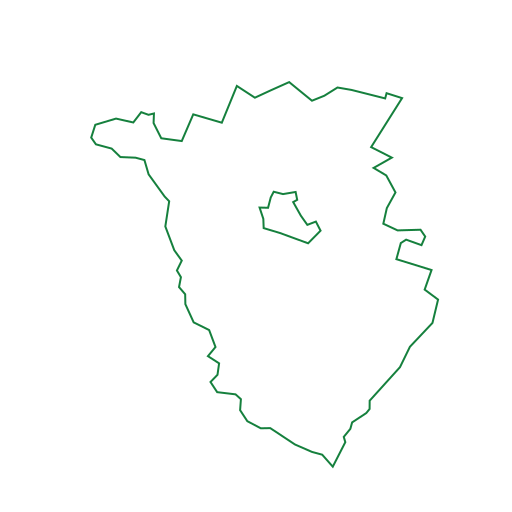 outline of Sharof Rashidov, Jizzakh, Uzbekistan, rotated 13°
{"feature_id": "79887680B75726526377189", "entity_name": "Sharof Rashidov", "entity_type": "district", "adm_level": 2, "iso_a3": "UZB", "parent_name": "Uzbekistan", "parent_adm1": "Jizzakh", "projection": "robinson", "projection_center": [67.817, 40.024], "detail": "fine", "context": "isolated", "style": "outline", "palette": "green", "viewbox_px": 512, "rotation_deg": 13, "n_neighbors": 0, "source": "geoboundaries", "source_scale": "gbopen_adm2", "svg_char_len": 1385}
<svg xmlns="http://www.w3.org/2000/svg" viewBox="0 0 512 512"><g transform="rotate(13 256 256)"><path d="M69.9,164.3L68.8,177.7L74.9,183.2L91.2,183.8L101.6,190.1L116.5,187.3L125.7,187.6L133.0,200.6L153.6,218.6L159.1,222.2L161.0,247.6L175.1,268.8L184.7,277.2L182.2,287.9L187.6,293.5L188.0,303.6L195.6,309.2L198.0,318.8L210.2,334.7L227.0,338.7L237.0,353.8L231.7,364.4L244.2,368.9L245.2,380.4L240.0,389.0L248.8,397.4L267.2,395.4L273.5,398.9L275.2,409.8L284.7,418.9L299.4,422.8L308.6,420.5L336.4,430.9L354.6,434.3L365.2,434.7L378.2,444.0L384.9,417.3L382.2,412.5L386.8,403.2L387.1,396.5L398.8,384.2L401.1,379.5L399.3,371.4L421.3,331.9L426.4,309.8L443.0,281.5L443.2,257.5L427.9,250.8L430.2,230.2L393.5,227.5L394.2,210.8L398.6,206.3L414.8,208.2L416.5,199.0L410.4,193.4L388.2,199.2L372.8,195.9L372.7,179.9L377.6,162.7L364.8,148.2L350.8,143.7L366.2,129.6L343.7,124.0L362.8,69.3L346.6,68.0L346.4,73.4L311.7,72.7L297.5,73.5L286.5,84.5L275.6,92.1L265.2,87.0L249.2,79.1L233.2,91.2L219.3,102.0L199.1,94.6L192.7,133.8L163.0,132.1L157.8,160.7L137.2,162.6L126.3,149.5L124.5,140.1L119.5,142.6L111.8,141.7L106.4,153.5L88.7,153.6L69.9,164.3ZM280.2,184.7L283.5,192.0L280.1,195.1L290.6,206.6L299.0,214.1L306.6,209.0L313.2,216.8L303.9,231.9L274.1,228.2L257.2,227.1L254.8,218.2L248.6,208.0L256.9,206.3L257.2,195.6L258.8,189.4L268.4,189.6L280.2,184.7Z" fill="none" stroke="#15803d" stroke-width="2"/></g></svg>